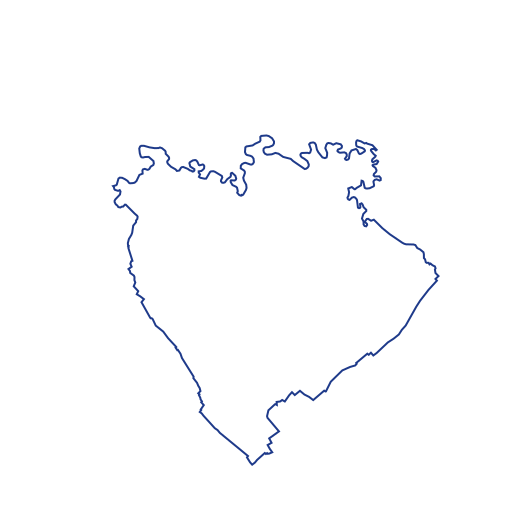 Khaen Dong, Buri Ram, Thailand, rotated 311°
{"feature_id": "78962969B83318821115464", "entity_name": "Khaen Dong", "entity_type": "district", "adm_level": 2, "iso_a3": "THA", "parent_name": "Thailand", "parent_adm1": "Buri Ram", "projection": "natural_earth1", "projection_center": [103.156, 15.325], "detail": "fine", "context": "isolated", "style": "outline", "palette": "blue", "viewbox_px": 512, "rotation_deg": 311, "n_neighbors": 0, "source": "geoboundaries", "source_scale": "gbopen_adm2", "svg_char_len": 6154}
<svg xmlns="http://www.w3.org/2000/svg" viewBox="0 0 512 512"><g transform="rotate(311 256 256)"><path d="M290.5,415.3L296.0,414.5L301.7,414.6L323.0,410.2L329.9,409.2L343.8,408.4L356.1,408.7L356.4,406.5L360.6,406.9L360.9,402.6L363.2,399.9L364.5,399.6L365.5,397.9L364.8,395.2L364.8,392.7L363.5,392.4L364.1,390.7L362.8,389.3L362.7,388.2L364.4,385.8L364.6,384.1L367.5,381.5L368.7,379.9L368.6,375.7L367.8,372.5L368.8,369.1L368.0,367.3L363.3,361.6L362.5,359.9L362.0,357.8L360.2,342.7L359.9,333.2L360.7,321.1L358.1,319.7L357.6,316.2L356.6,315.3L353.5,315.6L353.1,316.3L353.1,318.5L352.4,319.5L350.7,319.7L349.9,318.3L350.4,316.5L352.6,314.5L353.8,311.4L358.2,309.4L362.3,309.7L363.2,308.9L363.4,305.3L364.8,302.6L365.0,301.1L363.5,300.4L361.4,302.7L360.5,302.9L359.7,302.4L359.4,301.2L364.5,295.5L365.0,294.1L365.1,292.2L364.6,291.1L363.0,290.1L359.7,289.8L359.3,288.7L359.4,287.7L360.1,286.7L362.0,286.3L365.2,284.4L367.5,281.3L370.9,283.1L371.0,286.5L371.5,287.0L373.5,287.3L378.2,288.9L382.1,286.3L382.6,287.3L382.4,288.4L378.8,293.3L379.0,294.4L379.7,295.5L381.7,297.3L385.9,299.1L387.0,298.6L389.1,295.9L389.9,295.6L391.4,295.7L393.0,296.7L394.0,299.8L395.1,300.3L396.6,299.1L397.0,296.8L393.9,293.4L394.0,291.9L395.2,291.2L398.4,291.4L399.8,290.7L400.9,288.3L400.6,285.2L401.0,284.4L401.9,284.5L404.5,286.7L407.4,286.3L407.7,285.4L407.3,284.3L403.9,282.9L403.4,282.3L403.5,281.6L404.1,280.9L405.4,280.4L409.2,280.9L410.2,280.6L410.1,278.1L410.7,274.6L411.0,273.5L411.7,273.0L412.6,273.2L413.8,274.3L414.3,275.4L414.3,277.2L415.3,277.4L416.0,271.2L413.7,266.1L413.7,265.1L412.2,264.1L411.4,260.1L409.8,256.5L408.7,256.4L407.4,257.0L405.4,258.9L405.0,259.8L405.0,260.6L407.2,265.4L407.6,267.3L407.2,268.9L406.3,269.4L402.4,268.3L401.1,267.5L400.9,266.4L402.4,263.0L402.3,261.2L398.3,258.8L394.8,259.4L390.6,262.2L389.3,262.2L387.9,261.4L387.5,260.3L387.8,259.3L390.9,259.0L392.1,257.9L392.7,256.5L392.2,254.7L389.0,251.6L388.5,250.0L388.7,248.5L390.1,248.0L392.7,249.4L394.1,249.6L395.4,248.7L395.9,246.7L393.8,242.6L390.6,241.2L390.1,238.6L388.8,236.5L387.7,235.9L386.1,236.1L382.9,237.5L380.6,242.0L378.4,243.7L376.7,244.6L375.1,243.8L374.0,241.4L375.2,234.9L376.3,232.1L379.3,228.1L379.8,226.1L379.2,224.6L377.0,222.8L375.2,222.8L372.4,227.8L369.6,229.0L368.4,228.6L367.6,227.1L363.9,223.1L362.7,222.7L361.5,223.1L360.9,223.9L360.5,225.6L361.1,228.8L361.3,232.5L359.7,235.8L358.3,236.8L356.6,237.0L354.8,236.6L353.6,235.7L352.0,221.8L352.1,218.5L348.6,211.5L348.0,205.9L346.5,203.0L343.1,201.2L339.7,197.9L339.1,195.7L339.5,193.8L340.6,192.3L342.0,191.4L344.2,191.8L346.7,194.3L350.1,196.0L351.2,196.1L352.9,195.6L354.3,194.4L355.4,190.9L354.9,186.9L353.8,184.8L350.1,181.2L348.7,181.1L346.2,183.5L344.8,183.8L340.2,181.7L337.2,180.9L332.4,176.9L331.0,176.7L327.2,179.5L326.2,181.5L326.3,182.9L328.0,186.2L328.4,187.9L327.9,190.2L325.5,192.8L323.7,193.2L322.2,192.8L321.4,191.8L319.5,187.0L318.5,186.1L316.3,185.2L314.2,185.3L312.1,187.0L312.7,191.0L312.2,192.4L311.1,193.3L306.7,195.0L305.0,197.4L303.4,201.8L301.2,204.2L299.2,205.1L293.9,206.1L292.8,205.7L292.6,205.0L291.7,205.1L291.0,203.4L291.4,200.3L293.0,199.7L295.1,196.9L295.2,195.6L294.1,191.7L295.1,188.6L296.1,187.5L296.8,187.5L299.0,190.4L300.5,190.7L301.4,190.3L303.0,187.8L303.1,183.4L302.4,182.9L301.4,183.1L300.3,184.3L299.0,184.8L295.1,183.9L291.2,184.2L290.0,183.5L289.1,182.4L289.3,180.7L290.0,180.0L293.2,179.0L294.0,177.7L292.6,169.7L292.0,168.2L290.3,166.5L289.2,166.2L281.7,167.6L280.5,166.3L278.5,162.6L278.3,161.0L280.9,160.2L281.3,158.1L282.3,157.2L284.3,159.0L286.9,159.4L288.1,159.3L289.9,158.0L290.3,157.0L290.2,155.8L287.5,154.0L287.2,153.2L288.8,149.6L288.9,148.0L288.5,147.1L286.7,145.6L283.4,144.6L282.4,144.8L280.4,147.7L281.1,152.5L280.1,153.4L278.9,153.4L278.0,152.6L278.1,151.8L277.2,149.8L277.0,147.3L275.4,142.6L274.3,141.7L273.2,141.5L270.3,142.1L268.3,140.5L268.6,138.4L267.6,133.4L267.8,129.2L268.3,127.8L269.2,126.9L272.1,126.8L273.0,126.1L273.6,124.9L273.9,120.8L275.4,119.4L275.8,118.4L275.7,114.4L274.9,112.3L273.6,111.7L271.0,108.9L268.2,104.5L265.7,99.2L263.9,97.1L262.6,96.7L260.5,97.4L257.3,100.9L255.5,103.8L255.4,104.8L256.2,106.1L257.9,107.3L260.4,110.0L260.4,116.3L258.8,118.2L257.3,118.8L254.4,117.9L251.7,118.4L250.4,118.0L249.8,117.5L248.8,114.9L247.3,113.9L246.1,114.1L243.8,116.4L240.7,114.8L234.2,116.6L231.7,116.3L230.2,115.2L228.2,113.2L227.9,112.2L228.4,109.8L228.0,106.7L227.2,103.7L225.8,101.8L224.2,101.4L218.5,104.1L217.4,103.9L215.0,102.3L214.8,103.5L213.6,105.1L213.4,106.2L214.7,109.2L216.3,109.9L215.8,111.4L213.2,113.0L206.4,112.7L204.8,113.1L203.9,114.0L203.0,116.3L203.1,118.3L202.6,120.0L203.6,121.8L205.3,122.4L206.1,123.3L208.8,123.4L209.3,124.1L208.4,136.5L208.4,139.9L208.0,140.9L206.1,142.1L204.1,142.2L202.8,143.3L198.4,143.4L192.3,147.3L190.1,148.1L185.5,148.9L181.7,150.8L180.2,152.3L180.2,153.2L179.1,153.4L179.1,154.1L178.2,154.6L171.3,165.9L170.1,165.3L167.7,166.3L166.3,169.2L162.5,168.3L162.0,170.7L160.7,172.2L161.1,176.7L160.4,178.1L158.0,180.1L156.8,182.3L152.9,183.6L152.2,190.2L148.9,191.1L149.6,195.0L149.9,199.7L146.0,199.9L140.0,216.6L139.9,217.4L140.6,218.1L140.6,219.4L137.7,226.0L138.1,235.6L136.3,243.5L135.0,255.5L134.1,255.4L133.3,258.4L133.9,258.7L132.7,263.1L130.4,267.1L124.0,288.1L122.7,288.9L121.6,294.7L120.2,297.5L119.4,300.1L117.6,302.7L114.5,302.5L114.5,304.1L113.6,304.2L112.5,306.9L111.4,308.3L110.8,310.6L109.7,310.6L109.2,314.4L103.9,315.0L103.8,315.7L101.4,315.9L101.6,318.3L101.0,321.2L99.0,337.9L99.4,341.2L98.8,344.7L99.8,381.2L98.1,381.3L96.4,386.9L96.0,390.0L99.4,390.7L102.9,390.6L113.1,391.9L113.1,393.4L114.5,393.7L114.4,394.6L115.7,395.7L118.5,397.0L119.5,392.9L121.0,388.8L125.2,390.3L127.0,385.6L138.7,388.4L141.4,370.9L142.4,369.4L147.7,366.6L156.6,367.6L157.0,367.9L157.3,369.4L159.4,367.3L162.1,369.7L164.5,370.2L165.1,373.2L172.6,372.4L176.8,372.5L176.5,376.5L183.1,377.6L183.2,383.4L184.5,388.5L184.8,393.7L199.1,395.8L199.3,397.3L199.7,397.6L210.2,394.9L226.3,396.2L234.0,399.8L238.5,402.7L240.7,402.7L241.0,401.8L255.3,404.1L255.4,405.9L258.4,406.2L257.9,409.8L261.9,410.7L277.3,412.2L283.9,414.1L290.5,415.3Z" fill="none" stroke="#1e3a8a" stroke-width="2"/></g></svg>